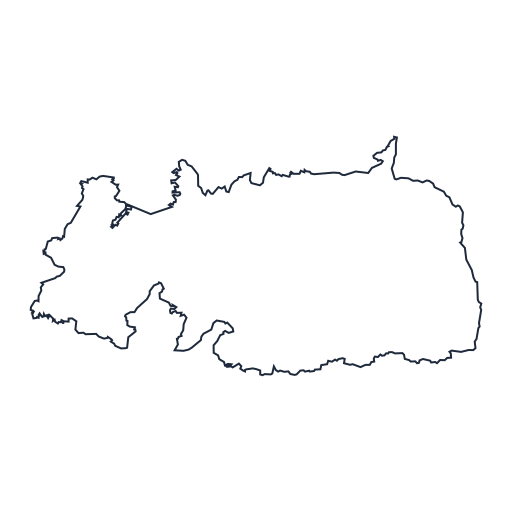 outline of Grobogan, Jawa Tengah, Indonesia
{"feature_id": "22746128B71964042918672", "entity_name": "Grobogan", "entity_type": "district", "adm_level": 2, "iso_a3": "IDN", "parent_name": "Indonesia", "parent_adm1": "Jawa Tengah", "projection": "albers", "projection_center": [110.857, -7.098], "detail": "fine", "context": "isolated", "style": "outline", "palette": "slate", "viewbox_px": 512, "rotation_deg": 0, "n_neighbors": 0, "source": "geoboundaries", "source_scale": "gbopen_adm2", "svg_char_len": 6025}
<svg xmlns="http://www.w3.org/2000/svg" viewBox="0 0 512 512"><path d="M395.9,143.7L396.9,137.5L394.1,136.8L394.4,138.8L390.7,140.9L388.0,145.6L388.5,146.2L386.9,146.8L385.4,149.9L382.8,150.5L381.4,152.4L377.1,152.8L373.4,155.8L373.8,157.8L377.6,159.6L378.0,160.8L380.6,159.9L382.8,161.2L381.1,163.7L371.9,167.9L368.2,173.0L355.7,171.5L344.6,175.1L342.1,174.8L339.4,173.0L333.6,172.6L314.2,174.2L311.1,173.6L309.8,171.8L306.0,171.2L304.6,169.9L304.3,172.3L300.8,170.8L299.5,173.8L293.6,173.8L291.0,171.8L290.4,172.6L291.6,173.8L289.9,174.5L289.6,176.6L288.8,176.7L282.7,174.9L281.7,176.2L278.5,174.4L276.1,174.9L274.9,173.1L272.9,173.3L272.8,171.9L269.8,170.9L270.5,168.9L269.3,168.1L263.8,177.3L263.0,182.7L259.9,185.3L251.4,183.1L249.9,180.1L250.6,173.0L243.7,175.4L242.2,177.1L238.9,177.0L237.4,179.8L234.5,181.3L231.4,184.7L228.7,192.1L226.3,191.5L224.7,186.5L221.7,188.6L218.5,187.1L212.7,193.9L210.9,193.5L208.5,190.3L207.4,190.6L205.4,195.2L202.8,192.9L201.1,188.0L198.2,185.8L198.0,175.0L197.2,173.5L191.6,166.4L187.7,164.8L185.3,160.8L182.1,159.8L178.8,161.9L179.2,166.3L180.7,169.7L178.8,170.6L176.5,168.8L172.3,172.1L173.7,173.1L176.8,172.1L177.4,173.1L176.0,175.0L179.4,176.6L175.7,180.0L171.2,180.4L171.6,183.3L175.0,182.5L178.3,186.2L177.9,187.2L174.7,186.8L175.6,190.5L172.6,191.3L172.5,192.6L179.6,192.2L180.3,193.8L179.7,195.0L177.5,195.8L174.4,194.8L172.9,195.4L175.9,199.6L175.6,202.0L173.7,202.1L172.9,204.6L170.6,203.6L168.9,205.0L171.9,206.9L150.7,214.1L127.8,204.6L127.5,205.8L131.6,206.7L131.0,209.5L126.9,208.9L126.1,212.2L128.4,212.7L127.5,214.6L125.5,213.6L117.3,222.7L118.3,223.5L117.2,225.6L115.4,224.8L112.4,227.9L111.3,226.9L112.4,226.4L111.6,225.1L113.1,224.5L112.2,223.2L113.0,220.4L115.4,219.8L116.6,216.9L118.7,217.3L119.2,214.8L120.2,215.8L121.3,215.3L120.2,214.0L125.3,209.1L126.1,206.5L126.0,203.9L124.2,202.1L119.3,201.7L119.1,200.4L116.9,200.3L114.8,198.2L114.8,196.4L116.0,196.1L119.4,190.8L117.0,187.2L118.1,184.6L115.7,184.7L111.5,181.9L113.4,180.5L112.3,179.4L113.8,178.6L113.8,177.5L103.0,175.9L99.6,176.6L96.4,179.3L92.4,177.7L89.6,179.6L87.7,179.4L87.7,182.7L81.3,181.1L80.2,183.0L81.8,183.7L80.9,184.2L82.5,186.3L82.0,188.0L83.5,189.1L81.8,193.5L83.2,195.7L83.0,197.7L82.3,199.9L77.0,205.9L80.4,206.5L70.8,222.8L67.6,224.2L64.8,228.9L64.1,236.7L63.0,236.2L62.4,238.5L60.4,240.0L59.9,238.6L58.3,239.0L58.7,238.1L57.5,237.6L52.2,238.1L51.2,240.4L47.8,241.5L45.8,248.9L44.5,249.4L44.6,251.7L43.4,251.1L43.7,253.8L45.5,252.9L45.6,254.7L51.1,257.8L54.6,264.8L58.4,266.6L63.3,267.1L64.4,269.6L64.1,271.7L59.9,275.8L56.6,276.7L55.3,278.1L41.4,282.8L43.2,284.4L40.8,287.4L41.3,290.6L38.6,296.0L38.5,301.2L37.1,300.5L34.7,301.0L31.0,307.0L30.7,309.9L33.0,310.7L32.2,312.3L33.5,312.1L32.3,314.3L33.5,318.4L36.7,317.9L37.0,317.0L38.6,317.7L38.8,315.4L40.3,315.5L38.8,314.7L39.6,313.4L42.3,317.0L43.5,316.4L43.9,314.0L45.0,316.1L46.4,315.4L48.1,318.1L48.9,316.7L48.3,314.8L49.1,314.6L53.1,318.6L52.9,321.0L54.6,319.7L55.2,321.8L57.9,323.5L58.7,322.1L61.0,322.2L61.5,320.1L63.8,321.3L68.6,321.6L68.6,318.6L72.1,318.4L76.3,321.3L75.4,329.6L78.5,333.1L83.4,332.7L85.6,334.2L96.2,333.9L98.7,336.5L104.0,338.6L107.5,337.9L107.8,336.9L111.5,339.4L112.1,340.2L110.8,341.6L114.2,343.7L115.2,345.8L121.0,348.4L125.6,348.2L127.1,347.7L128.3,337.2L135.6,331.4L135.3,329.5L134.2,329.4L134.9,327.3L129.8,326.6L127.3,325.1L127.5,321.0L126.4,320.6L126.2,317.4L125.0,316.3L125.6,314.8L130.3,312.2L134.5,312.1L137.1,308.0L147.0,299.1L149.7,294.1L149.7,291.2L154.0,285.4L158.5,283.6L159.0,282.4L161.1,283.3L163.8,288.7L162.5,289.4L162.1,291.5L159.5,293.2L159.9,298.6L168.9,302.6L170.5,305.8L173.2,306.1L172.9,305.1L176.3,307.1L174.4,309.0L170.8,308.6L170.0,310.3L170.4,312.9L171.8,313.5L172.9,312.0L175.6,311.0L176.9,312.9L181.5,312.7L180.7,315.8L184.1,314.7L186.5,317.7L183.7,324.1L183.2,330.3L180.9,334.1L181.6,335.9L178.6,336.9L178.0,338.6L176.9,338.8L177.9,344.5L174.6,350.3L183.6,350.8L188.6,349.6L191.7,347.7L200.9,340.1L201.4,336.6L203.5,333.7L211.3,329.6L213.4,323.1L216.7,320.5L224.3,321.9L225.4,323.5L227.3,322.6L232.7,328.3L233.3,331.5L228.7,332.9L225.1,330.9L223.3,332.2L223.5,333.9L220.2,335.2L217.3,341.0L213.6,345.3L213.7,352.8L218.1,355.4L219.3,359.2L224.0,362.0L224.9,365.4L228.0,363.9L229.8,364.1L225.8,365.8L226.8,366.6L227.3,365.7L230.3,365.4L229.0,366.6L231.2,366.4L232.7,367.4L238.9,363.6L241.3,366.2L240.3,368.7L243.3,370.7L245.0,371.4L245.0,370.0L246.1,369.4L252.8,368.4L256.5,369.2L260.2,370.5L260.2,374.4L262.5,375.2L264.6,374.1L270.8,374.4L272.3,373.5L273.9,366.4L275.8,370.0L278.1,371.6L280.1,370.6L284.3,371.8L288.4,371.4L290.3,374.0L294.7,374.9L296.6,374.4L300.3,370.6L303.6,370.3L305.0,371.6L309.1,370.7L309.6,371.5L312.3,371.3L314.2,370.9L314.9,369.6L320.4,369.3L321.3,365.1L327.1,364.2L328.2,360.8L331.9,361.7L335.1,359.6L336.9,360.7L338.5,359.1L342.6,358.2L344.7,358.9L344.0,363.2L350.0,364.8L352.7,364.2L360.5,367.1L365.4,364.9L369.7,364.9L371.4,362.0L374.2,361.6L373.8,358.6L374.8,356.6L377.9,357.0L380.4,354.5L382.0,355.7L384.4,355.4L386.2,353.3L388.1,353.5L389.0,352.2L392.0,352.1L395.0,353.4L402.4,353.1L404.0,354.7L404.8,358.9L409.2,360.1L410.5,361.5L415.4,361.4L417.0,363.2L418.9,362.8L419.6,360.4L423.0,359.0L430.2,360.7L431.1,362.5L435.2,362.0L437.0,363.2L440.1,360.0L444.7,360.2L447.2,357.9L451.1,357.7L450.8,353.4L449.5,351.8L451.7,350.6L461.0,351.9L468.7,350.0L473.3,350.1L475.5,348.1L474.7,341.6L476.5,339.0L478.4,328.0L479.6,326.6L479.0,323.1L481.2,309.9L480.2,307.3L481.3,303.6L478.8,302.0L477.8,299.8L477.2,282.1L475.6,281.7L473.5,277.5L471.8,270.1L466.3,259.6L464.9,247.9L460.2,242.6L461.4,242.1L462.5,238.1L461.2,234.1L461.4,229.7L462.7,228.6L463.4,225.3L462.1,222.7L462.9,212.4L459.8,206.4L457.8,205.5L455.8,206.7L452.5,204.5L449.4,197.3L446.2,195.7L443.9,191.7L434.6,187.2L433.1,183.6L429.1,180.9L426.6,180.5L422.6,182.4L417.7,180.5L413.1,180.8L408.4,178.3L401.0,177.8L396.3,179.4L394.7,178.8L391.7,168.5L393.8,163.0L394.3,157.4L395.9,154.4L395.9,143.7ZM63.1,323.7L63.4,322.8L62.8,321.9L63.1,323.7Z" fill="none" stroke="#1e293b" stroke-width="2"/></svg>